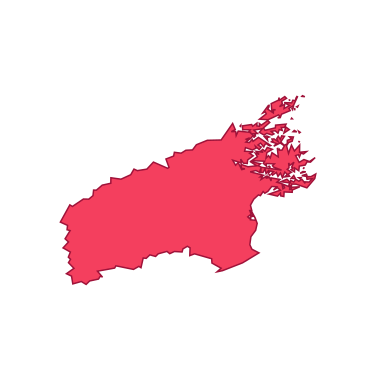 outline of Marlborough District, Marlborough District, New Zealand, rotated 28°
{"feature_id": "76426892B14162355231744", "entity_name": "Marlborough District", "entity_type": "district", "adm_level": 2, "iso_a3": "NZL", "parent_name": "New Zealand", "parent_adm1": "Marlborough District", "projection": "robinson", "projection_center": [173.954, -41.576], "detail": "fine", "context": "isolated", "style": "filled", "palette": "rose", "viewbox_px": 384, "rotation_deg": 28, "n_neighbors": 0, "source": "geoboundaries", "source_scale": "gbopen_adm2", "svg_char_len": 6078}
<svg xmlns="http://www.w3.org/2000/svg" viewBox="0 0 384 384"><g transform="rotate(28 192 192)"><path d="M90.2,260.7L89.9,280.4L97.8,279.9L99.4,284.0L102.5,283.3L101.9,292.9L106.4,294.1L104.4,301.9L112.8,302.1L113.4,307.6L116.3,308.4L116.1,312.4L123.6,314.8L119.5,323.1L125.1,322.8L129.9,329.1L136.3,323.0L141.9,323.3L143.4,318.6L150.3,312.8L150.6,309.2L153.0,309.2L145.7,306.3L159.4,295.5L159.5,292.9L176.7,287.8L180.0,282.6L182.5,282.8L179.9,273.2L182.7,272.1L184.3,267.3L190.1,266.0L191.2,262.4L197.8,256.2L201.3,256.9L204.4,252.8L211.4,249.6L210.7,246.5L213.4,242.1L216.5,242.2L219.9,249.2L223.3,245.4L240.7,241.7L243.0,245.4L253.5,245.6L251.6,250.7L255.9,247.1L269.9,230.8L279.7,214.3L271.8,214.4L267.8,211.4L265.0,203.8L266.2,195.9L264.3,189.1L259.9,185.2L254.0,181.3L253.4,180.2L253.7,182.0L259.8,185.2L261.3,187.2L256.7,189.1L255.6,185.7L255.1,188.4L252.9,187.8L254.6,183.7L251.7,181.3L253.4,180.2L249.8,176.2L249.9,169.4L252.0,163.4L254.1,163.1L254.6,158.2L256.9,158.9L258.7,155.8L259.8,149.7L264.3,147.6L263.0,152.1L265.4,148.1L269.2,148.9L261.0,157.7L269.4,155.5L270.6,151.5L272.1,153.8L275.2,152.9L273.3,148.7L280.6,145.2L279.6,143.2L284.7,136.8L277.2,141.4L278.6,142.7L277.0,144.0L276.1,141.6L268.7,142.4L271.8,144.8L270.8,146.5L267.6,142.5L262.3,143.6L263.8,139.6L255.5,142.3L256.6,145.2L253.8,142.7L250.6,145.2L251.8,142.5L250.3,143.0L247.1,148.5L246.9,145.7L245.1,146.7L245.7,145.3L246.3,144.8L247.0,144.0L247.2,143.7L233.9,146.9L238.4,143.0L242.3,143.0L241.6,138.3L243.7,142.5L245.5,141.5L245.7,137.4L248.8,141.0L249.6,136.3L250.7,139.5L251.4,136.6L254.4,135.7L253.6,138.3L255.2,139.3L257.3,135.1L260.6,137.9L261.2,133.7L265.1,136.9L264.6,130.8L268.0,131.8L266.7,135.2L270.8,132.3L268.5,131.0L270.5,127.9L265.4,127.3L266.3,125.1L263.7,121.0L266.0,122.3L268.1,117.8L268.3,123.3L270.0,123.3L268.9,125.8L273.0,126.1L271.4,122.6L276.3,123.1L274.6,118.7L279.3,115.1L279.4,111.4L282.6,110.0L284.6,103.8L281.5,109.9L275.6,110.8L272.7,115.5L266.4,111.2L268.4,109.1L270.4,110.7L269.9,106.5L272.6,106.1L274.2,102.5L268.3,106.4L265.0,100.0L263.2,107.7L257.8,103.9L259.1,112.6L253.8,106.8L254.0,104.1L251.5,107.4L246.9,106.2L247.5,99.4L244.8,100.3L245.2,104.0L242.0,102.3L241.8,105.1L244.4,107.1L239.6,106.6L237.7,107.7L240.0,109.6L237.7,110.6L243.8,109.5L242.7,113.2L246.9,107.3L251.9,107.9L251.8,112.8L249.6,114.0L249.0,113.2L248.3,114.1L247.3,113.2L247.0,113.6L251.7,120.5L244.1,119.7L245.1,125.2L242.5,124.0L241.5,127.4L239.6,122.0L242.9,116.6L237.5,117.3L237.3,121.8L234.5,121.2L233.6,123.3L236.2,123.5L229.5,126.0L233.6,127.3L229.5,127.9L233.2,130.1L230.0,136.3L241.7,130.7L241.5,133.2L245.6,134.2L244.1,132.1L251.5,128.5L250.7,131.0L252.3,131.7L260.8,130.6L242.0,137.5L238.0,137.7L239.2,134.9L228.8,137.8L236.8,138.5L229.6,143.4L222.4,144.6L224.4,147.8L227.9,146.7L225.4,148.9L219.0,144.4L217.9,147.9L213.0,144.8L221.7,143.1L219.5,140.1L223.8,142.4L227.4,140.9L226.1,137.6L229.1,131.3L224.7,130.8L227.2,127.7L219.3,131.3L218.4,127.7L225.7,126.5L228.0,123.2L226.6,121.9L231.4,123.0L232.0,119.8L228.2,119.5L229.6,116.6L234.2,118.5L234.1,115.3L236.0,114.2L237.3,114.9L239.1,114.7L239.7,114.0L225.0,112.6L222.1,118.6L220.5,117.3L219.4,121.5L216.2,122.6L217.8,118.9L216.8,118.7L215.7,120.1L215.0,120.0L217.0,117.6L218.6,117.5L219.5,113.3L217.1,112.7L222.4,109.6L217.5,108.3L224.5,103.0L223.4,107.7L228.8,107.9L230.5,105.1L235.8,104.1L237.1,102.2L233.3,101.3L236.7,98.9L240.3,99.7L239.7,95.9L242.8,95.3L240.5,93.1L244.4,91.0L245.5,96.8L248.6,91.2L243.3,90.4L243.2,87.9L234.4,93.7L235.5,96.2L227.5,103.2L225.0,101.9L228.0,94.1L225.4,93.3L221.8,100.4L219.3,99.9L220.8,102.3L218.3,103.2L217.0,100.7L214.7,105.5L213.0,104.4L205.5,109.9L207.5,113.2L214.3,109.7L213.8,112.0L216.5,111.6L204.2,116.5L204.5,121.4L202.2,118.1L198.4,120.3L200.9,116.6L195.7,112.4L193.3,132.4L181.2,139.2L173.7,148.2L172.7,154.6L167.0,158.0L164.2,162.8L157.8,165.2L158.9,168.9L153.5,175.1L160.1,181.0L159.4,182.5L143.9,183.7L141.4,193.0L133.7,198.8L130.0,199.0L129.8,205.5L123.3,214.0L113.7,217.5L116.2,222.4L109.5,228.1L106.7,235.3L104.2,236.5L106.3,241.7L104.2,246.8L99.4,249.2L93.2,260.9L90.2,260.7ZM240.4,58.4L239.8,58.4L239.7,60.2L240.4,62.7L237.9,63.7L238.2,66.5L231.4,69.8L237.5,69.9L234.1,75.1L232.7,71.2L229.2,75.6L230.3,71.6L228.6,69.8L231.5,64.9L229.1,64.2L226.1,69.9L224.5,67.8L225.3,70.2L220.4,76.8L224.6,83.1L225.3,81.0L227.2,80.1L225.5,81.4L226.7,84.0L220.0,83.3L220.0,80.7L219.4,79.3L218.8,79.7L217.4,89.0L219.1,86.9L220.9,88.1L217.4,96.0L225.2,92.5L232.2,83.3L234.3,83.8L232.9,86.3L235.0,84.9L234.5,81.3L240.5,74.0L238.3,72.7L241.0,68.2L240.4,58.4ZM292.8,118.0L289.9,122.5L286.6,124.3L284.7,122.5L281.3,126.0L285.8,124.5L287.6,126.8L292.0,123.6L290.8,128.2L286.8,130.1L287.9,131.3L283.1,129.2L281.3,132.3L277.6,132.1L277.2,135.4L273.7,135.4L274.5,137.4L269.8,136.2L265.6,141.2L274.0,138.1L274.3,140.3L277.1,140.4L276.3,138.2L280.3,136.2L291.5,134.4L294.1,122.5L292.8,118.0ZM255.7,95.8L252.1,97.5L255.0,98.3L251.9,101.6L253.1,104.0L256.6,100.2L255.7,95.8ZM277.2,131.7L274.1,129.6L273.1,133.4L277.2,131.7ZM234.3,107.2L231.8,107.4L229.8,109.1L234.4,110.8L232.8,108.8L234.3,107.2ZM256.3,89.7L253.4,89.6L252.9,91.3L256.3,89.7ZM246.9,54.9L244.3,55.1L244.1,56.0L246.9,54.9ZM256.8,184.2L254.3,185.3L256.7,185.2L256.8,184.2ZM278.7,124.7L283.0,120.7L280.3,121.9L278.7,124.7ZM281.6,128.1L279.5,129.3L281.5,129.6L281.6,128.1ZM242.2,72.1L241.7,70.1L241.1,71.5L242.2,72.1ZM259.5,88.5L257.6,88.3L259.0,89.5L259.5,88.5ZM249.8,133.5L248.1,132.9L247.7,133.4L249.8,133.5ZM279.2,119.4L279.8,117.6L279.4,118.1L279.2,119.4ZM244.4,67.6L245.3,67.6L245.2,66.3L244.4,67.6ZM243.6,70.1L243.1,69.8L244.5,71.6L243.6,70.1ZM220.7,113.9L221.1,115.1L221.2,113.8L220.7,113.9ZM263.1,97.2L262.1,97.3L263.8,97.5L263.1,97.2ZM221.5,112.5L221.0,111.7L220.5,112.4L221.5,112.5ZM204.1,111.3L203.7,110.3L203.5,111.2L204.1,111.3ZM257.7,185.3L257.3,184.5L257.2,184.6L257.7,185.3ZM255.3,183.3L254.5,182.6L254.0,182.6L255.3,183.3ZM246.2,80.3L245.3,80.0L245.3,80.8L246.2,80.3ZM253.0,140.2L252.3,140.4L252.8,140.8L253.0,140.2ZM235.6,64.8L234.8,65.0L235.0,65.3L235.6,64.8Z" fill="#f43f5e" stroke="#9f1239" stroke-width="1.5"/></g></svg>